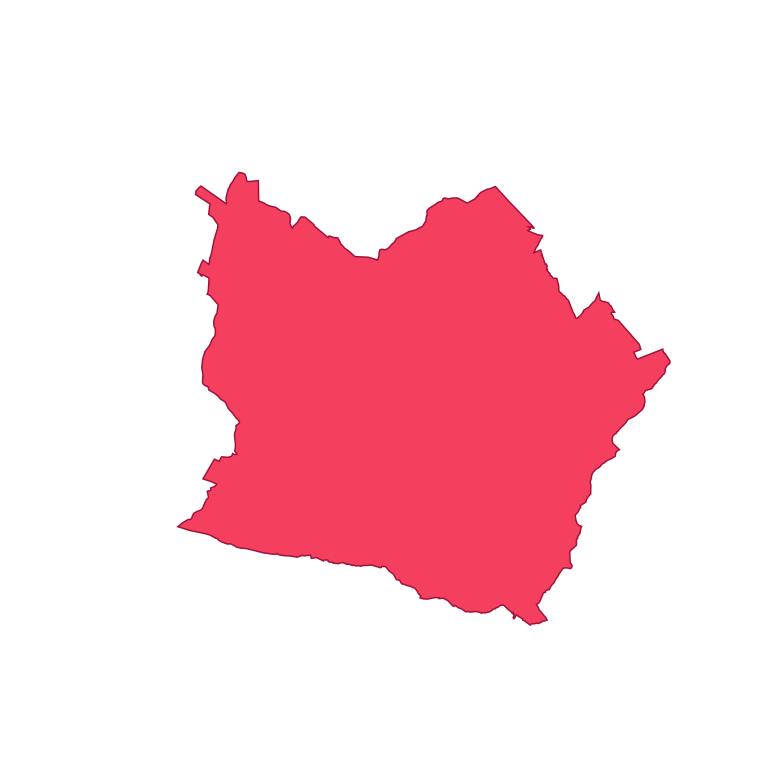 the district of Beceni, Buzau, Romania, rotated 210°
{"feature_id": "2599482B57070891345270", "entity_name": "Beceni", "entity_type": "district", "adm_level": 2, "iso_a3": "ROU", "parent_name": "Romania", "parent_adm1": "Buzau", "projection": "natural_earth1", "projection_center": [26.787, 45.38], "detail": "fine", "context": "isolated", "style": "filled", "palette": "rose", "viewbox_px": 768, "rotation_deg": 210, "n_neighbors": 0, "source": "geoboundaries", "source_scale": "gbopen_adm2", "svg_char_len": 6171}
<svg xmlns="http://www.w3.org/2000/svg" viewBox="0 0 768 768"><g transform="rotate(210 384 384)"><path d="M424.4,575.5L425.4,574.3L425.4,571.3L428.3,567.9L429.1,565.7L432.2,559.9L433.3,556.5L433.2,554.9L431.5,552.7L430.9,549.7L429.3,546.4L429.5,539.5L431.6,537.0L432.2,535.4L434.0,532.8L438.7,528.3L446.0,516.2L445.9,511.8L447.2,508.7L447.5,506.1L448.5,503.0L450.4,500.6L453.1,499.7L454.5,498.5L454.2,495.9L452.5,492.7L451.5,488.2L461.1,485.9L471.8,480.3L473.3,479.9L481.5,481.6L485.8,481.9L492.1,484.0L493.1,485.0L496.9,487.4L501.0,485.6L505.5,484.8L505.7,482.8L523.4,486.0L524.0,486.7L524.9,487.1L535.8,489.0L539.2,487.4L539.4,487.0L539.8,484.3L539.7,480.5L541.5,474.8L541.2,473.3L543.9,474.5L545.6,475.8L547.0,479.3L548.8,481.8L550.8,483.5L553.9,483.9L557.1,483.6L559.5,482.2L565.9,482.9L572.5,480.9L576.2,480.5L578.5,480.8L584.0,479.8L594.5,497.3L603.1,491.2L603.9,491.1L605.0,491.9L607.0,494.3L609.3,496.1L611.5,496.0L615.3,494.7L616.4,488.1L616.2,483.5L616.8,479.8L616.2,477.0L616.4,475.0L614.2,467.2L612.9,464.5L610.8,462.2L610.9,461.2L641.5,463.9L642.4,461.4L643.3,456.9L642.4,455.5L642.0,453.9L624.4,452.9L623.8,450.4L620.6,443.2L615.5,442.8L607.4,438.9L605.9,435.4L603.2,423.8L599.1,412.1L597.9,407.4L597.9,406.1L595.2,400.1L602.7,400.7L602.5,396.8L601.1,387.4L597.9,387.3L597.6,386.5L595.8,386.3L596.0,388.0L588.5,388.3L583.0,377.4L582.2,375.0L582.1,373.4L578.9,373.7L567.6,369.9L567.1,369.3L563.9,361.3L564.1,360.0L563.9,356.8L562.7,353.1L560.1,349.1L557.6,347.4L555.6,343.9L554.5,341.0L555.1,336.9L554.3,330.1L555.3,322.8L553.5,314.8L549.9,306.9L545.6,301.8L542.0,294.7L540.9,293.7L538.7,293.2L537.2,293.2L535.3,293.8L532.5,291.2L527.0,291.3L521.2,290.5L518.2,289.2L512.7,289.1L506.2,284.8L499.8,282.8L495.6,280.8L492.5,280.1L489.8,278.5L489.9,277.2L491.4,274.1L489.5,270.9L488.8,266.9L488.1,265.3L482.6,257.6L480.6,253.9L479.9,251.4L476.2,249.7L477.8,248.2L480.2,248.2L479.9,245.0L482.5,242.5L488.3,239.7L488.1,234.7L493.3,234.1L493.3,211.3L486.0,212.9L478.9,213.8L478.8,212.4L479.5,210.6L482.2,207.2L481.0,206.0L480.9,205.2L483.4,202.7L479.4,198.2L479.3,197.1L480.0,195.2L479.6,193.2L479.9,192.0L478.9,185.6L479.7,183.1L482.1,180.3L484.0,177.0L484.0,174.4L483.5,171.7L483.8,170.0L485.9,168.7L488.8,163.6L491.3,157.3L478.9,160.1L464.0,165.0L458.9,166.2L452.1,166.3L451.0,166.9L449.3,166.0L445.4,166.1L440.8,166.8L438.8,167.5L437.7,168.5L435.7,169.1L430.0,169.1L425.9,170.3L420.3,172.9L403.9,177.5L395.1,181.1L391.7,183.1L391.8,183.8L389.1,183.6L383.4,186.0L379.2,188.2L372.5,190.7L369.5,194.4L367.0,195.4L362.1,199.1L359.8,196.7L355.7,199.9L348.0,200.5L347.9,201.5L344.8,203.4L344.1,203.3L343.6,202.4L342.1,202.5L340.6,203.4L339.0,203.9L338.9,203.4L336.4,204.3L333.5,205.7L333.4,206.2L330.5,208.7L326.6,209.2L325.4,209.7L325.4,210.2L320.3,211.1L319.8,212.0L317.9,212.2L314.3,214.4L313.2,214.4L311.5,216.2L304.1,221.0L295.3,223.1L294.7,223.6L294.8,225.0L291.2,226.6L285.9,224.5L280.6,224.0L275.4,220.7L272.4,221.9L269.7,220.2L267.8,219.9L267.2,220.4L261.9,221.3L260.4,222.0L254.8,222.5L250.6,220.6L249.4,219.6L246.1,218.8L245.9,216.8L245.3,216.9L242.4,217.6L238.9,219.4L233.1,224.5L229.4,226.4L229.1,225.7L225.5,228.1L220.1,228.3L213.3,226.1L212.3,226.4L211.8,227.9L208.0,227.4L204.6,228.0L199.4,227.6L196.4,229.4L195.0,229.7L191.5,232.4L189.2,233.5L184.8,234.4L183.9,235.7L182.4,236.0L178.8,239.3L177.5,241.6L177.1,243.4L175.1,245.3L175.0,246.4L173.8,247.4L172.3,250.8L171.3,251.2L170.8,252.1L168.7,252.1L162.9,250.6L160.6,250.5L158.0,249.4L157.7,249.5L157.7,250.7L157.2,250.1L156.0,249.6L156.3,248.9L155.4,248.0L155.5,246.5L154.5,245.6L153.9,245.9L153.9,250.2L146.5,249.8L145.8,249.5L146.0,249.2L145.5,248.9L144.7,249.2L136.8,248.3L136.6,249.8L133.5,251.8L132.5,253.2L130.7,253.6L128.9,255.9L128.2,257.6L124.7,260.9L126.1,262.2L137.3,266.3L138.2,267.4L141.8,269.1L141.9,269.6L140.7,271.0L140.3,273.3L141.5,282.8L140.1,284.3L140.6,285.2L140.1,286.8L138.0,288.6L138.3,293.1L137.4,296.7L137.6,301.3L137.2,303.7L137.4,306.9L136.9,313.4L136.2,314.6L133.4,316.4L130.4,317.2L129.9,317.9L129.8,319.7L130.5,321.0L133.6,322.6L139.2,331.5L139.1,333.4L136.7,340.5L139.6,345.6L139.0,347.1L139.9,348.4L139.7,352.8L141.7,358.6L141.6,359.5L144.8,359.1L146.8,359.7L149.6,361.9L152.5,365.5L152.7,366.7L151.9,370.7L152.3,374.1L151.9,375.3L152.9,376.5L152.9,377.4L150.4,382.1L150.2,382.9L150.9,385.0L150.9,387.8L150.1,392.2L154.3,399.8L156.5,402.4L157.4,406.4L158.4,408.2L158.9,411.8L158.1,414.3L158.1,415.8L156.3,418.6L155.3,421.7L155.4,422.8L155.0,424.0L154.3,424.8L152.4,429.4L149.4,433.6L147.6,437.2L148.8,440.0L148.9,441.3L148.5,442.8L147.3,444.8L156.1,447.0L158.8,449.9L159.8,453.0L159.4,455.1L158.2,457.7L158.4,459.1L157.8,459.8L157.8,461.1L155.3,470.8L155.0,475.3L152.2,479.3L150.4,482.6L147.5,491.3L147.6,494.7L149.2,499.1L151.7,502.7L154.5,504.5L154.2,509.3L150.2,513.4L149.5,515.1L149.9,516.3L149.5,517.3L149.7,518.4L148.7,521.1L148.3,525.7L147.5,527.8L147.1,530.8L146.5,532.6L146.4,534.2L148.1,538.4L148.0,541.6L146.9,544.6L147.2,545.9L148.1,547.0L154.6,550.4L157.8,551.4L159.1,552.3L160.0,553.6L176.9,532.3L178.1,532.6L183.6,536.3L178.9,542.4L182.8,546.0L212.9,556.2L217.3,555.3L219.4,557.3L222.7,558.6L222.8,559.7L220.2,561.5L223.3,562.9L226.4,565.1L227.9,565.1L230.2,566.5L234.6,565.5L235.6,564.8L238.8,564.9L243.5,570.2L243.1,563.4L242.7,562.0L243.8,559.1L245.0,553.0L247.9,547.9L247.6,544.1L248.5,540.4L249.8,537.4L251.0,537.0L253.5,539.2L256.5,540.9L266.0,548.6L269.9,549.6L271.3,550.5L273.3,550.4L275.5,551.2L278.8,551.7L281.7,556.2L287.0,561.8L290.8,560.2L293.0,561.3L294.8,561.5L295.5,562.6L300.0,563.9L299.5,564.8L301.6,566.4L301.9,567.4L301.6,567.7L303.5,569.0L304.1,568.2L310.8,574.1L311.5,574.1L311.2,574.5L315.4,578.4L319.9,572.7L320.4,577.8L320.1,582.2L320.6,583.8L320.4,586.3L320.7,587.5L320.4,590.8L320.9,591.9L325.4,590.1L335.9,588.6L335.4,588.9L335.6,589.5L336.1,589.3L335.9,589.7L334.5,591.3L335.6,592.2L337.5,592.3L335.9,593.1L335.1,593.9L334.8,593.9L334.8,593.4L333.7,593.4L332.7,593.5L332.1,594.1L335.8,595.5L367.1,604.6L386.3,610.7L390.1,605.7L392.1,604.2L396.0,598.2L397.0,594.3L396.4,593.8L397.2,592.7L397.8,589.7L402.4,582.3L413.2,581.9L417.7,579.3L420.9,576.4L424.4,575.5Z" fill="#f43f5e" stroke="#9f1239" stroke-width="1.5"/></g></svg>